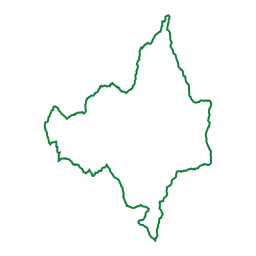 Cutervo, Cajamarca, Peru
{"feature_id": "86281439B9641917532645", "entity_name": "Cutervo", "entity_type": "district", "adm_level": 2, "iso_a3": "PER", "parent_name": "Peru", "parent_adm1": "Cajamarca", "projection": "equal_earth", "projection_center": [-78.851, -6.166], "detail": "fine", "context": "isolated", "style": "outline", "palette": "green", "viewbox_px": 256, "rotation_deg": 0, "n_neighbors": 0, "source": "geoboundaries", "source_scale": "gbopen_adm2", "svg_char_len": 5794}
<svg xmlns="http://www.w3.org/2000/svg" viewBox="0 0 256 256"><path d="M211.3,104.5L210.8,102.2L209.4,100.5L207.6,101.0L206.9,100.5L206.0,100.3L204.4,101.0L200.9,100.3L200.1,100.8L199.2,102.0L195.7,102.6L194.4,102.3L193.3,101.5L191.1,98.7L190.6,96.9L189.4,96.1L189.2,95.2L189.1,93.2L189.4,91.7L189.0,89.9L189.0,87.3L188.6,84.4L187.0,83.2L186.1,81.7L185.4,78.8L185.4,76.8L185.0,76.3L183.6,76.1L182.9,72.0L182.5,70.7L181.9,70.1L181.1,70.0L180.6,68.7L179.5,68.3L178.4,66.5L178.2,63.3L176.2,58.2L175.6,55.0L174.9,54.3L173.2,53.1L173.0,51.0L172.4,49.3L170.6,46.9L170.6,45.3L171.7,42.7L171.6,42.0L170.6,40.5L170.1,38.8L170.4,36.4L170.1,35.4L169.9,32.9L169.2,31.3L168.3,30.3L167.1,29.7L167.9,24.2L168.4,23.0L168.8,19.3L169.4,18.5L169.6,16.6L169.1,16.3L168.8,15.5L168.5,15.4L166.3,16.1L165.4,16.8L165.4,19.9L164.4,21.6L163.9,21.8L163.0,21.2L162.4,21.3L162.2,21.9L162.3,23.2L162.1,24.2L162.6,25.7L161.5,26.7L161.5,28.2L160.8,30.0L160.7,31.5L159.1,32.1L156.1,34.5L155.6,34.6L152.5,40.2L152.3,41.1L152.3,41.6L151.6,42.0L151.1,43.2L150.6,43.8L149.1,43.8L147.8,42.8L147.4,42.8L146.7,43.9L145.7,44.6L144.8,44.6L144.5,44.8L143.7,46.4L142.4,48.1L141.8,47.3L140.8,47.9L140.9,48.8L139.6,50.7L139.8,54.2L139.6,56.2L139.0,57.6L139.4,59.0L139.4,59.7L138.0,60.8L136.9,64.0L136.9,64.5L137.5,64.9L138.1,65.9L137.8,66.4L137.5,68.7L136.9,69.8L137.0,70.5L136.4,71.2L136.7,72.9L136.2,74.2L135.7,74.4L135.5,74.9L135.4,76.0L135.7,78.4L135.6,79.5L134.8,80.9L134.8,82.7L134.4,84.5L133.3,85.4L132.7,86.3L132.6,87.6L131.6,89.0L131.2,89.3L130.8,89.1L130.4,89.7L129.0,90.3L126.2,93.1L125.1,92.1L124.1,92.1L122.2,91.2L121.4,91.4L120.6,90.3L119.9,89.9L119.4,88.6L118.9,87.9L118.1,87.9L117.9,87.1L116.7,87.1L116.1,86.3L114.2,84.9L113.3,84.0L112.6,84.0L112.2,83.2L111.2,84.1L110.5,84.2L110.5,85.7L109.7,86.3L109.2,85.9L106.6,86.5L105.6,85.7L104.3,85.5L103.8,86.1L102.0,86.6L101.3,85.8L100.8,85.9L100.1,86.6L99.9,88.1L98.7,89.2L98.2,91.0L97.2,92.3L95.2,92.8L94.9,93.2L94.8,94.2L93.1,95.8L92.1,95.5L91.2,95.7L90.5,96.1L90.2,96.6L89.5,96.8L89.2,97.4L88.7,97.3L88.1,98.0L87.1,98.3L87.0,99.4L86.4,100.2L86.0,101.3L85.8,104.0L85.3,104.7L85.8,111.6L83.9,113.6L83.5,113.6L82.1,112.0L80.3,112.8L78.4,112.4L77.5,113.0L76.6,113.1L75.6,114.3L74.3,114.0L73.9,115.0L71.7,115.1L70.2,116.5L69.3,116.7L68.4,117.8L66.9,118.8L65.6,117.0L64.3,116.2L63.5,115.2L61.7,114.0L59.9,111.4L58.5,110.2L58.3,108.9L57.6,107.8L55.4,106.5L54.5,106.4L53.3,107.0L53.4,108.7L53.0,110.0L52.0,110.1L51.6,110.5L51.2,112.2L50.3,113.6L49.5,116.2L48.7,116.9L47.9,121.1L46.8,122.1L45.2,122.5L45.0,122.8L45.1,124.5L44.7,125.9L45.2,129.0L46.8,132.5L47.2,135.8L48.1,137.8L49.1,142.7L50.0,144.2L50.3,144.5L51.5,142.6L53.3,142.4L56.1,141.6L56.4,143.5L56.2,146.3L56.7,147.0L57.4,147.0L57.4,147.3L57.2,150.4L57.4,151.9L57.8,152.6L58.4,152.8L59.7,152.5L58.6,156.1L58.9,157.9L58.6,160.9L60.1,160.0L61.2,158.7L63.2,158.5L64.9,158.7L65.8,158.2L66.6,158.9L69.1,159.4L70.7,161.1L71.6,161.6L72.0,162.2L72.4,163.6L72.7,163.9L73.5,164.0L73.7,164.7L74.6,164.9L74.9,164.6L75.3,165.0L76.4,164.4L77.3,164.9L78.5,164.8L79.4,166.7L80.2,167.8L82.2,168.8L82.5,169.9L83.4,172.0L84.9,172.5L85.9,173.3L86.3,173.2L87.0,172.3L87.7,172.1L89.3,169.9L89.7,170.8L90.5,172.0L92.1,173.8L92.2,175.2L92.8,176.0L94.3,175.5L94.5,174.6L95.3,173.6L95.5,172.6L96.5,172.9L97.8,172.5L98.6,171.3L99.8,170.6L100.5,171.2L100.9,171.2L101.5,170.3L102.3,168.0L103.5,167.5L104.5,167.6L105.3,167.0L106.7,165.3L106.8,164.8L107.0,164.9L107.3,166.2L109.6,168.7L110.2,170.9L110.8,172.3L112.0,173.5L112.4,174.4L113.0,174.7L113.2,175.6L113.8,176.7L115.0,177.7L118.1,179.2L119.4,181.1L119.4,181.5L119.8,182.2L119.9,182.8L120.9,184.6L121.0,185.9L122.3,187.2L122.7,188.1L122.5,188.8L122.8,189.5L122.7,190.9L123.2,191.4L123.3,192.2L123.6,192.7L123.4,194.1L123.7,194.7L123.7,195.2L123.3,196.0L123.6,196.9L123.3,197.7L124.0,198.4L124.1,199.2L124.6,199.9L125.2,202.5L126.0,203.3L126.4,204.4L126.9,204.9L126.8,206.0L127.9,205.9L128.9,206.6L129.9,206.7L131.4,207.6L133.9,208.0L134.6,207.8L135.8,207.0L136.7,206.8L137.6,206.1L138.1,206.3L139.9,205.8L140.7,204.9L143.0,206.5L145.5,206.7L146.6,207.2L147.8,208.4L148.8,208.7L148.8,209.8L148.2,210.7L147.1,211.5L146.8,212.1L146.2,212.3L146.1,212.6L145.6,213.6L145.3,216.4L143.8,218.9L142.7,220.0L140.8,220.1L139.8,220.6L139.1,220.6L138.6,221.9L138.6,222.5L138.4,222.7L140.3,224.7L143.0,225.0L145.2,226.7L146.0,227.0L146.5,227.5L146.9,227.5L147.7,228.9L148.2,231.3L148.9,232.3L149.4,234.6L149.8,235.2L150.3,235.5L150.9,237.0L151.6,237.6L152.8,237.9L153.7,239.0L154.3,239.3L154.6,240.1L155.2,240.6L155.9,237.8L157.4,236.4L157.5,235.9L156.9,232.5L156.9,229.5L157.8,228.0L158.3,224.4L159.0,223.1L159.3,218.8L159.8,218.2L161.1,217.9L161.4,216.7L162.7,214.2L162.6,213.6L161.7,212.2L161.4,210.8L161.0,210.1L159.6,208.8L159.6,207.6L160.0,205.8L159.9,203.8L159.5,202.5L160.0,201.6L160.9,201.8L161.5,201.2L163.2,200.9L163.9,197.9L165.7,196.8L166.8,195.3L167.3,193.9L166.6,192.3L166.6,190.6L167.0,189.0L166.7,187.5L169.0,185.9L170.0,185.6L171.5,183.7L171.6,181.5L172.1,180.0L172.7,179.3L174.1,178.5L175.9,177.0L176.1,176.2L176.0,174.9L176.7,172.9L176.7,171.8L178.0,171.2L179.5,171.1L181.1,171.8L182.0,171.0L183.1,171.3L183.5,170.8L184.2,170.5L185.3,171.0L189.0,169.1L190.5,169.1L191.4,168.5L192.9,169.4L194.3,168.7L195.1,169.3L195.8,168.5L197.9,168.2L199.5,166.2L202.6,164.7L203.5,164.8L204.4,163.9L205.3,164.4L206.8,164.4L207.4,165.0L208.8,165.0L210.0,164.3L210.9,162.8L211.2,161.5L210.8,159.8L211.1,157.7L210.6,154.8L211.1,151.5L209.2,148.7L208.9,147.2L208.2,146.3L206.6,142.3L206.3,139.7L206.6,138.5L205.8,135.7L206.0,132.5L206.7,131.8L206.8,131.1L208.0,127.7L209.0,126.7L209.1,125.3L209.5,124.4L209.7,122.5L208.7,121.8L208.1,120.4L208.5,119.0L208.6,117.5L209.5,115.2L209.5,114.0L209.1,113.1L208.8,111.4L209.4,109.5L209.3,108.5L210.6,106.8L211.3,104.5Z" fill="none" stroke="#15803d" stroke-width="2"/></svg>